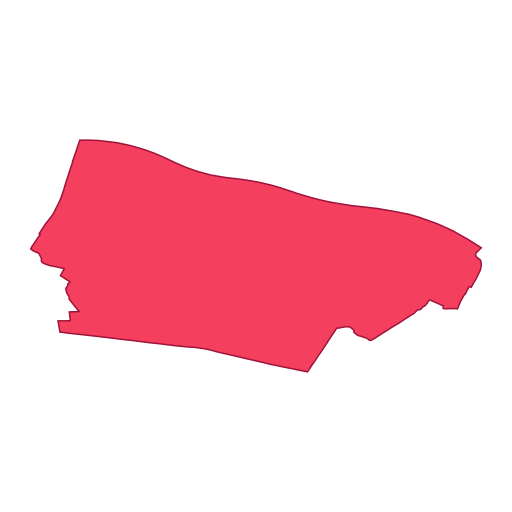 outline of Beuningen, Gelderland, Netherlands
{"feature_id": "6326949B97064433644944", "entity_name": "Beuningen", "entity_type": "district", "adm_level": 2, "iso_a3": "NLD", "parent_name": "Netherlands", "parent_adm1": "Gelderland", "projection": "natural_earth1", "projection_center": [5.747, 51.864], "detail": "fine", "context": "isolated", "style": "filled", "palette": "rose", "viewbox_px": 512, "rotation_deg": 0, "n_neighbors": 0, "source": "geoboundaries", "source_scale": "gbopen_adm2", "svg_char_len": 5648}
<svg xmlns="http://www.w3.org/2000/svg" viewBox="0 0 512 512"><path d="M30.7,248.8L30.7,249.0L30.9,249.1L31.4,249.4L32.6,250.4L32.7,250.5L33.5,251.0L38.3,253.1L39.1,253.8L40.6,256.8L41.1,257.7L41.4,258.6L41.4,259.1L41.3,260.0L41.3,260.6L41.5,261.3L42.0,262.1L42.0,262.3L42.3,262.5L43.1,263.0L43.5,263.3L43.8,263.4L45.0,263.9L48.8,265.3L49.9,265.6L57.1,267.0L60.7,267.8L64.2,268.6L63.9,269.1L60.4,275.7L61.8,276.5L62.1,276.6L64.2,278.1L65.6,279.0L66.9,279.8L70.1,282.0L68.9,283.1L68.4,283.5L67.6,284.1L67.8,285.0L67.8,285.3L67.8,285.5L67.7,285.7L67.7,285.8L67.4,286.2L67.2,286.5L66.0,288.0L65.9,288.1L65.9,288.4L65.8,288.7L65.9,289.5L66.1,290.5L66.8,292.9L67.1,293.5L67.3,293.9L67.5,294.2L68.6,295.8L68.7,296.1L68.9,296.5L69.0,296.8L69.1,297.0L69.1,297.6L69.1,298.3L69.2,298.9L69.2,299.1L69.2,299.3L69.4,299.5L69.7,299.9L70.0,300.2L70.8,301.3L77.6,309.7L79.1,311.5L78.3,311.6L69.3,311.9L70.3,320.7L65.0,320.8L64.5,320.8L58.0,320.8L58.0,321.2L58.9,325.8L59.1,327.4L60.0,332.1L70.3,333.4L78.8,334.3L89.6,335.5L92.2,335.8L93.9,336.0L96.0,336.2L100.1,336.7L102.1,337.0L104.0,337.2L107.2,337.5L110.1,337.9L114.2,338.4L120.4,339.2L123.9,339.6L126.5,339.9L132.4,340.5L133.5,340.6L136.8,341.1L140.8,341.6L142.9,341.9L145.0,342.1L146.4,342.3L149.3,342.7L160.7,343.9L162.8,344.2L166.1,344.6L167.9,344.8L169.7,345.0L170.0,345.1L173.4,345.5L173.8,345.6L174.1,345.6L176.3,345.8L179.7,346.2L180.2,346.2L181.1,346.3L185.0,346.7L189.6,347.1L191.1,347.2L192.6,347.2L195.6,347.5L201.3,348.3L204.2,348.7L208.6,349.6L210.7,350.1L212.0,350.4L212.5,350.6L214.0,351.0L215.7,351.5L218.5,352.2L221.7,353.0L223.8,353.5L225.1,353.7L244.3,358.2L256.2,360.9L256.6,361.0L260.0,361.8L263.1,362.5L264.3,362.8L266.5,363.3L267.6,363.6L270.0,364.3L273.3,364.9L303.6,371.1L305.1,371.4L305.6,371.5L306.0,371.6L306.5,371.6L306.8,371.6L307.1,371.8L307.4,371.9L307.9,371.3L308.1,371.1L308.4,370.6L310.2,367.8L311.3,366.2L311.1,366.2L312.1,364.8L313.6,362.9L313.9,362.4L314.6,361.4L315.3,360.3L315.7,359.7L316.9,357.9L319.6,353.8L320.1,353.3L322.7,349.5L324.3,347.0L327.6,342.1L327.8,341.6L327.9,341.4L328.0,341.2L331.7,335.7L332.3,334.8L333.0,333.6L333.5,333.1L333.8,332.6L334.3,331.8L336.8,328.1L337.7,328.1L338.4,328.1L338.6,328.1L339.0,328.0L342.0,327.4L345.1,326.9L345.4,326.8L345.8,326.8L346.2,326.8L349.6,326.9L349.8,326.9L350.6,327.5L353.7,329.9L353.8,330.0L353.9,332.3L354.0,332.5L357.8,335.5L359.9,336.0L360.5,336.1L362.8,336.9L363.7,337.2L363.8,337.2L365.2,337.7L366.0,338.0L366.7,338.3L367.3,338.6L367.9,339.0L368.2,339.2L368.7,339.6L369.5,340.4L369.8,340.4L371.5,340.2L373.2,339.2L374.7,338.3L380.4,334.6L382.2,333.4L386.9,330.5L390.9,327.9L393.3,326.5L398.9,323.1L399.6,322.7L401.2,321.6L405.8,318.5L407.3,317.6L410.1,315.8L411.3,315.0L411.7,314.8L413.9,313.5L416.7,310.7L417.4,310.0L417.5,310.0L417.6,309.9L417.8,309.8L418.1,309.8L419.4,309.8L419.7,309.8L419.8,309.7L420.2,309.4L420.8,309.0L421.4,308.8L421.6,308.7L421.8,308.0L421.9,307.8L421.9,307.7L423.0,306.9L423.3,306.7L424.0,306.3L424.6,306.0L424.8,305.9L425.0,305.8L425.2,305.6L425.4,305.4L425.8,304.8L427.1,303.2L427.3,303.1L427.5,302.6L428.0,301.7L428.4,301.2L428.7,300.8L428.7,300.6L428.8,300.4L429.1,300.3L430.2,300.2L430.3,300.2L430.5,300.2L430.8,300.4L436.1,302.7L443.3,305.9L443.2,306.8L443.2,307.8L443.1,308.2L443.1,308.4L443.4,308.5L443.8,308.6L445.5,308.8L447.4,308.8L448.6,308.7L449.4,308.6L450.0,308.6L451.3,308.6L451.8,308.7L452.5,308.6L453.8,308.6L454.0,308.5L454.3,308.6L455.9,308.7L457.0,308.8L457.5,308.9L460.2,302.1L462.0,298.8L462.6,297.6L464.6,294.4L465.0,294.4L466.0,292.9L465.9,292.6L467.6,289.5L469.3,286.6L471.2,287.3L473.1,283.9L474.0,282.3L474.8,281.0L476.2,278.6L480.4,270.0L481.3,264.8L480.9,261.3L480.7,260.7L480.5,260.4L479.9,259.5L477.6,257.9L477.0,257.4L476.4,256.7L475.8,255.7L475.6,254.7L475.8,253.8L476.2,252.8L477.4,251.6L481.3,247.8L475.5,244.1L467.9,239.3L464.3,237.3L463.0,236.6L461.9,236.0L454.2,231.6L453.2,231.0L443.6,226.6L437.4,223.8L434.9,222.9L432.9,222.2L420.4,217.7L417.9,216.9L413.1,215.5L409.7,214.5L409.3,214.4L408.8,214.3L407.7,214.0L406.4,213.8L398.7,212.3L395.1,211.6L392.4,211.1L387.2,210.2L384.3,209.7L378.5,208.7L376.7,208.4L374.4,208.2L371.8,207.9L365.4,207.1L355.1,206.0L350.9,205.5L346.5,204.8L343.3,204.3L337.1,203.3L331.9,202.4L326.4,201.3L321.9,200.3L314.9,198.6L307.1,196.4L299.5,194.1L296.7,193.3L293.5,192.1L283.6,188.9L278.2,187.1L276.0,186.5L273.6,185.8L270.3,184.9L266.8,184.1L263.8,183.4L259.5,182.4L257.5,182.0L256.4,181.8L254.7,181.5L253.0,181.2L250.9,180.8L243.1,179.6L241.6,179.4L239.3,179.1L226.4,177.6L218.3,176.3L214.5,175.6L210.9,175.0L206.2,173.8L201.2,172.4L198.9,171.8L197.2,171.3L190.0,168.8L185.4,167.1L182.3,165.8L174.6,162.4L166.2,158.4L165.8,158.3L164.3,157.6L159.6,155.5L157.1,154.4L155.3,153.6L152.5,152.6L146.1,150.2L144.2,149.6L140.5,148.5L139.1,148.1L138.4,147.8L131.7,146.0L131.1,145.8L130.4,145.6L128.9,145.3L126.5,144.7L123.1,144.0L119.8,143.3L118.3,143.0L116.7,142.7L114.4,142.4L105.7,141.3L100.1,140.7L98.2,140.5L95.7,140.4L88.2,140.1L86.7,140.1L85.7,140.1L79.8,140.2L76.4,150.2L73.6,158.4L72.6,161.1L72.5,161.6L72.6,161.9L72.6,162.0L72.5,162.5L72.1,163.5L71.3,166.1L70.1,169.5L68.9,173.3L66.7,179.9L66.3,181.0L64.2,188.1L64.2,188.4L63.4,190.9L63.2,191.4L62.5,193.5L62.1,194.5L61.6,196.1L60.9,198.0L60.6,198.6L60.5,199.0L59.3,201.7L58.9,202.6L57.8,204.9L57.4,205.7L55.9,208.4L55.5,209.3L54.9,210.7L54.6,211.3L53.5,213.4L52.8,214.6L51.9,215.8L51.5,216.3L48.2,220.5L46.2,223.0L45.0,224.7L43.6,226.8L39.8,232.7L39.2,233.7L39.8,233.8L40.2,234.0L40.3,234.1L39.9,234.8L39.5,235.5L35.4,241.3L34.0,243.5L32.9,245.1L32.2,246.1L31.7,246.9L31.4,247.5L31.0,248.3L30.7,248.8Z" fill="#f43f5e" stroke="#9f1239" stroke-width="1.5"/></svg>